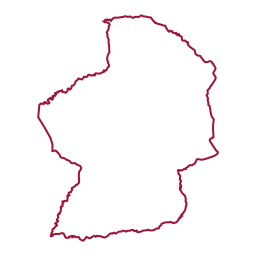 outline of Areza, Debub, Eritrea
{"feature_id": "51966322B88449484299376", "entity_name": "Areza", "entity_type": "district", "adm_level": 2, "iso_a3": "ERI", "parent_name": "Eritrea", "parent_adm1": "Debub", "projection": "orthographic", "projection_center": [38.502, 14.876], "detail": "fine", "context": "isolated", "style": "outline", "palette": "rose", "viewbox_px": 256, "rotation_deg": 0, "n_neighbors": 0, "source": "geoboundaries", "source_scale": "gbopen_adm2", "svg_char_len": 5680}
<svg xmlns="http://www.w3.org/2000/svg" viewBox="0 0 256 256"><path d="M215.5,68.0L213.9,65.2L213.3,64.7L213.1,63.6L212.3,63.1L212.0,62.4L211.2,61.5L209.3,61.2L207.3,62.1L205.1,62.1L202.9,59.8L202.6,58.9L201.6,58.1L200.6,56.2L199.8,55.8L198.1,55.7L196.0,54.4L195.4,53.7L195.2,52.0L194.4,49.8L192.7,49.0L191.0,47.5L189.9,47.0L189.1,45.7L188.1,45.0L187.6,43.9L188.1,42.4L186.4,41.9L185.0,40.5L183.1,40.7L182.1,40.1L181.6,36.5L179.4,35.8L179.2,34.6L178.9,34.1L178.1,34.0L177.8,34.9L177.4,35.1L176.2,34.1L176.0,32.9L174.7,33.2L172.7,32.6L172.3,32.2L172.3,31.3L172.1,31.1L171.4,31.4L171.0,31.3L170.6,30.8L169.6,30.7L169.1,30.9L168.9,31.5L167.7,30.5L167.3,29.3L165.9,27.7L165.5,25.9L165.0,25.6L163.1,25.5L162.3,25.0L159.3,24.1L157.7,23.9L156.2,22.9L155.3,23.0L154.7,22.6L154.4,21.5L153.5,21.1L150.8,17.5L147.5,17.1L145.9,16.6L143.0,16.3L142.1,15.5L141.3,15.4L138.6,17.0L136.9,16.8L135.5,17.0L134.7,16.8L133.3,17.9L131.1,17.1L130.5,16.5L129.8,16.8L128.6,16.6L127.5,16.9L126.5,16.5L124.7,16.2L122.9,17.2L121.2,17.1L117.8,17.7L114.4,17.7L112.8,18.6L111.0,20.8L110.0,19.6L108.3,20.3L107.7,20.1L107.5,19.5L106.7,19.9L105.3,19.7L104.7,21.1L103.7,21.4L104.8,22.3L106.5,22.2L107.9,22.9L108.9,23.1L109.7,24.9L108.7,26.2L108.9,27.7L108.5,28.6L108.5,29.5L106.8,32.2L107.6,35.3L107.3,36.6L108.7,39.5L108.6,43.6L109.1,45.2L109.2,50.3L109.5,51.7L109.2,52.8L108.4,53.9L107.6,55.8L107.1,58.8L107.5,60.9L108.1,62.0L108.0,63.0L109.1,65.4L109.1,66.0L108.9,66.6L107.7,67.4L106.7,69.6L104.9,71.1L104.0,70.3L103.6,70.6L103.5,72.1L102.0,72.4L100.2,73.6L95.5,73.4L95.0,74.4L94.4,74.5L94.3,74.8L94.8,75.2L94.5,75.5L93.2,75.0L92.1,75.5L91.0,75.6L89.9,74.9L88.8,74.7L87.9,75.2L87.2,76.7L86.7,76.9L85.4,76.7L84.7,77.1L83.8,76.9L83.5,77.8L81.9,79.5L81.1,79.2L79.6,79.1L78.5,78.4L78.2,78.6L77.9,79.5L75.7,81.3L74.5,84.4L73.3,85.5L72.2,85.6L71.7,85.9L71.6,87.4L70.6,89.1L69.9,89.6L68.7,88.8L68.6,88.5L67.8,88.7L67.5,90.9L66.0,92.6L65.4,92.7L64.4,92.1L62.4,91.9L62.0,90.3L61.3,90.8L59.3,91.1L58.5,92.2L57.5,91.7L56.2,93.9L55.4,93.0L55.1,93.1L55.0,94.6L55.3,95.5L55.0,95.9L53.1,95.9L52.6,96.1L52.4,97.1L53.3,97.7L52.6,99.5L51.6,99.6L51.1,99.2L50.7,98.1L50.2,97.9L49.6,98.3L48.9,99.3L47.9,99.6L47.8,101.0L49.3,102.4L49.4,102.8L49.2,103.2L47.7,103.8L46.3,103.1L45.5,102.2L44.7,102.1L44.4,102.2L44.5,103.2L43.9,103.9L43.4,103.3L42.7,103.4L41.8,104.0L40.8,103.6L39.4,104.7L38.2,117.1L45.2,128.6L50.5,138.0L52.5,144.7L52.4,151.1L53.1,151.2L54.9,150.5L56.4,151.1L59.5,154.5L60.2,156.5L60.9,157.4L63.7,158.1L65.3,158.7L66.3,159.7L69.2,160.7L71.3,163.0L73.1,163.3L74.8,163.1L75.6,163.4L76.2,164.2L80.2,166.0L81.2,167.6L81.0,169.0L79.1,171.9L78.8,176.1L79.2,180.9L78.8,183.0L77.6,184.0L77.3,184.7L75.9,185.0L74.8,186.4L71.8,188.1L72.2,189.8L71.0,191.5L71.0,192.0L70.8,192.2L68.9,192.6L68.6,193.4L68.6,194.2L69.3,195.1L67.9,195.4L67.4,195.8L67.4,196.2L68.1,196.4L68.2,196.7L67.5,197.4L67.5,199.5L67.1,200.1L67.1,200.9L65.3,200.8L62.6,201.5L63.4,202.4L62.4,203.5L62.8,204.1L62.5,204.6L62.6,205.7L62.5,206.1L61.1,206.5L61.3,207.2L60.8,207.8L61.0,208.5L60.7,211.3L60.1,212.2L59.7,212.4L59.8,213.2L59.3,213.4L59.3,214.1L58.3,214.2L57.7,215.3L58.3,217.3L57.4,218.6L56.9,220.2L58.0,220.8L58.0,221.4L56.9,222.4L55.3,223.3L55.2,223.6L56.2,224.1L56.8,224.9L57.0,225.4L55.3,226.6L54.4,228.1L52.7,229.1L52.3,230.4L52.6,231.4L51.6,232.7L51.8,233.5L51.3,234.0L50.9,236.1L51.7,236.2L52.2,236.0L53.9,234.3L56.7,233.9L58.4,234.0L62.5,233.1L63.7,233.6L64.0,234.6L64.8,235.6L65.2,236.9L66.0,237.8L68.0,237.7L68.8,237.1L69.1,237.5L69.8,236.6L70.8,236.1L71.6,236.1L72.1,237.3L73.3,237.2L73.5,237.0L73.4,236.0L74.2,236.0L76.2,237.3L77.7,237.0L78.7,237.1L79.3,237.7L79.7,239.0L82.0,240.4L83.2,240.6L84.8,239.2L86.1,237.2L86.7,237.0L88.6,238.0L89.7,238.3L90.8,237.9L91.5,237.2L94.1,235.9L94.6,235.9L95.8,236.8L96.8,235.9L97.5,235.8L99.3,236.2L100.4,236.1L101.6,236.7L102.6,236.8L103.3,237.4L104.2,237.6L106.8,236.6L110.2,233.5L111.0,233.4L112.1,233.7L112.7,233.2L114.4,232.7L115.4,233.6L115.9,233.6L118.7,231.7L121.9,231.4L123.0,230.6L124.8,230.9L125.7,231.5L126.3,231.5L127.4,230.8L129.9,230.7L131.5,230.0L132.9,229.9L133.5,230.1L134.3,231.1L135.1,231.1L136.4,230.5L136.9,230.6L137.3,232.1L137.9,232.3L141.6,231.4L143.2,230.6L146.9,230.2L148.3,229.7L150.1,230.5L152.1,230.4L154.3,229.9L156.7,228.4L158.6,228.5L159.1,227.8L159.5,226.3L161.1,225.2L161.5,223.9L162.7,223.3L165.2,222.4L168.9,222.3L169.9,222.0L171.7,222.2L173.0,223.1L173.8,223.2L174.9,222.6L175.8,222.6L178.1,220.5L178.4,219.3L179.6,218.7L179.5,217.7L180.8,217.4L180.6,216.2L182.1,215.8L181.5,215.0L181.7,214.2L183.1,213.5L183.8,211.9L184.6,211.1L185.5,208.8L185.7,206.9L186.3,205.8L186.2,204.4L186.6,203.1L185.6,201.7L185.7,198.3L185.0,195.8L181.9,192.7L181.0,190.7L179.8,189.6L179.8,188.9L180.8,188.1L179.9,187.2L180.0,186.9L180.8,186.9L181.2,186.2L181.1,185.3L180.2,184.7L180.1,184.2L180.3,182.6L181.1,181.4L180.6,180.1L179.8,179.7L180.2,175.9L179.8,175.1L178.4,173.8L178.5,172.7L177.9,170.4L178.5,170.0L179.1,170.0L180.2,170.6L181.0,170.1L182.3,170.3L183.8,169.1L185.5,169.2L185.9,169.0L186.0,167.9L187.5,167.3L188.8,165.8L190.4,165.1L191.9,165.3L194.8,163.5L196.8,159.4L199.0,159.2L201.0,159.7L202.9,159.6L206.8,158.5L212.5,156.6L215.0,155.5L217.2,154.0L217.8,152.9L217.8,152.0L216.1,150.5L210.1,141.4L209.8,140.5L209.9,139.5L210.3,138.8L211.9,138.3L212.2,137.6L213.2,137.5L213.5,137.1L213.0,128.0L213.2,123.7L213.8,119.6L213.4,118.8L212.2,117.3L211.1,114.7L209.6,105.9L208.4,105.2L208.5,103.9L208.2,103.2L208.4,102.4L207.6,100.2L208.1,98.6L206.6,95.1L207.8,93.8L207.5,90.3L209.4,88.5L209.7,88.0L209.9,87.0L211.0,85.9L215.0,79.9L215.5,78.8L215.7,77.9L215.5,76.8L213.4,73.8L213.3,73.1L213.6,72.1L215.2,69.8L215.5,68.9L215.5,68.0Z" fill="none" stroke="#9f1239" stroke-width="2"/></svg>